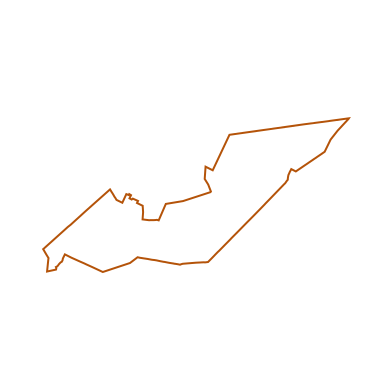 El Espinal, Oaxaca, Mexico, rotated 206°
{"feature_id": "50627088B62999724223409", "entity_name": "El Espinal", "entity_type": "district", "adm_level": 2, "iso_a3": "MEX", "parent_name": "Mexico", "parent_adm1": "Oaxaca", "projection": "equal_earth", "projection_center": [-95.031, 16.463], "detail": "fine", "context": "isolated", "style": "outline", "palette": "amber", "viewbox_px": 384, "rotation_deg": 206, "n_neighbors": 0, "source": "geoboundaries", "source_scale": "gbopen_adm2", "svg_char_len": 2015}
<svg xmlns="http://www.w3.org/2000/svg" viewBox="0 0 384 384"><g transform="rotate(206 192 192)"><path d="M83.3,327.0L106.2,311.7L121.2,301.8L182.7,260.3L183.4,259.8L182.9,220.6L190.9,220.7L186.3,209.3L180.7,205.8L175.2,200.7L175.4,199.9L196.1,179.9L210.3,169.8L209.5,151.9L211.3,151.6L213.0,150.5L216.4,148.8L218.3,147.8L224.4,145.7L227.1,152.4L228.8,155.4L230.3,158.0L235.6,158.0L236.4,158.0L236.6,158.0L236.6,160.3L242.3,160.1L242.9,158.8L245.4,158.9L245.4,162.4L247.5,162.6L247.5,161.5L248.9,161.4L250.1,161.3L249.9,151.8L251.4,151.8L256.4,151.8L258.5,153.2L259.7,153.8L260.8,154.6L261.7,155.2L262.8,155.9L263.3,156.2L264.1,156.7L264.7,157.0L265.2,157.4L266.8,158.4L279.1,128.5L286.7,109.4L288.3,106.1L289.8,102.3L300.7,75.4L299.5,74.6L299.2,74.4L295.6,72.0L292.0,69.7L291.8,69.0L287.4,57.0L280.3,62.6L280.2,62.7L280.5,63.8L280.8,64.4L281.4,64.9L280.8,65.6L280.2,67.1L280.0,68.6L279.2,71.2L278.5,72.1L278.4,73.8L278.9,75.6L278.9,77.3L278.9,80.2L271.5,80.1L261.9,80.4L257.4,80.6L255.4,80.6L248.6,80.8L237.1,81.0L216.6,101.0L212.3,109.5L210.6,109.9L210.1,110.0L208.2,110.6L205.9,111.3L204.4,111.8L204.0,111.9L202.8,112.3L198.4,113.5L196.7,114.1L196.2,114.3L193.9,115.0L190.2,115.9L186.9,116.8L186.1,117.1L181.9,118.2L179.9,118.8L177.3,119.6L177.1,119.7L176.6,119.7L176.3,119.8L176.0,120.0L175.6,120.1L175.3,120.2L174.9,120.3L174.0,120.6L173.3,120.8L172.6,121.0L171.0,121.4L170.6,121.7L170.6,121.8L169.9,122.5L168.9,123.4L157.8,130.0L150.4,134.1L149.5,134.4L146.9,136.1L145.2,141.1L143.9,145.1L143.8,145.5L142.4,149.7L142.1,150.4L142.0,150.7L141.8,151.2L139.1,159.3L136.8,166.1L136.6,166.7L136.5,167.2L135.1,171.3L133.2,176.9L132.2,179.9L129.1,189.2L128.2,191.8L125.3,200.4L121.4,212.2L121.2,212.8L121.0,213.6L118.6,220.9L112.8,238.8L112.6,239.4L112.1,240.7L111.7,243.4L111.3,245.0L111.8,246.2L112.3,247.7L112.8,249.6L112.8,251.0L112.9,252.8L112.8,254.9L112.8,256.1L107.7,256.0L90.4,286.3L90.4,290.4L90.4,295.7L90.4,299.9L88.0,311.0L83.4,326.2L83.3,327.0Z" fill="none" stroke="#b45309" stroke-width="2"/></g></svg>